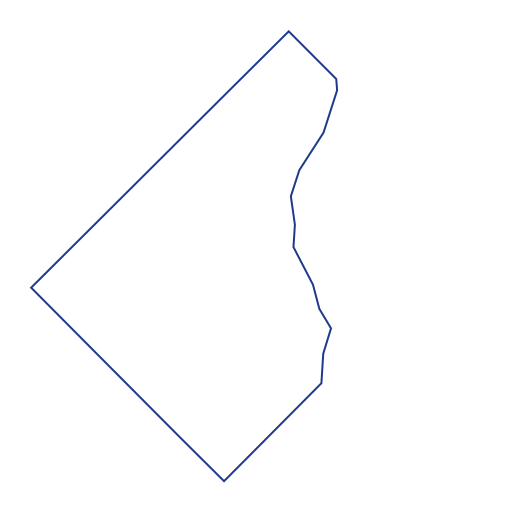 the district of Starke, Indiana, United States of America, rotated 135°
{"feature_id": "52423323B53006096789776", "entity_name": "Starke", "entity_type": "district", "adm_level": 2, "iso_a3": "USA", "parent_name": "United States of America", "parent_adm1": "Indiana", "projection": "mercator", "projection_center": [-86.683, 41.302], "detail": "fine", "context": "isolated", "style": "outline", "palette": "blue", "viewbox_px": 512, "rotation_deg": 135, "n_neighbors": 0, "source": "geoboundaries", "source_scale": "gbopen_adm2", "svg_char_len": 415}
<svg xmlns="http://www.w3.org/2000/svg" viewBox="0 0 512 512"><g transform="rotate(135 256 256)"><path d="M437.8,119.4L392.2,119.5L299.7,119.8L277.5,139.4L254.1,151.8L248.6,173.8L236.0,195.4L223.2,235.8L206.4,250.6L189.1,273.6L164.6,286.1L121.0,295.5L81.5,315.8L74.1,324.4L74.0,391.7L164.8,392.0L437.4,392.6L437.7,301.7L437.8,256.1L438.0,180.2L437.8,119.4Z" fill="none" stroke="#1e3a8a" stroke-width="2"/></g></svg>